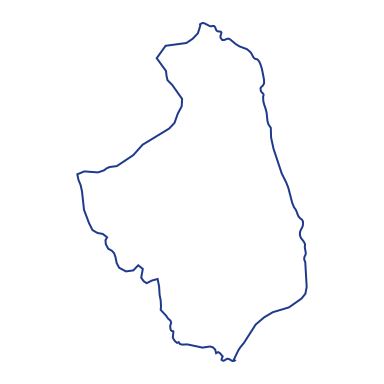 the Voivodeship of Podlachian
{"feature_id": "POL-3150", "entity_name": "Podlachian", "entity_type": "Voivodeship", "adm_level": 1, "iso_a3": "POL", "parent_name": "Poland", "parent_adm1": "", "projection": "albers", "projection_center": [22.977, 53.341], "detail": "fine", "context": "isolated", "style": "outline", "palette": "blue", "viewbox_px": 384, "rotation_deg": 0, "n_neighbors": 0, "source": "natural_earth", "source_scale": "10m", "svg_char_len": 2477}
<svg xmlns="http://www.w3.org/2000/svg" viewBox="0 0 384 384"><path d="M202.5,23.0L204.4,23.3L210.0,26.2L211.0,26.3L213.1,25.9L214.1,26.1L215.1,27.1L215.6,28.4L216.0,29.6L216.6,30.6L217.6,31.3L220.8,31.7L221.4,32.6L221.1,34.1L220.5,35.9L220.5,37.6L222.2,40.0L224.3,40.0L226.6,39.0L228.4,38.6L230.1,39.4L235.9,44.2L239.5,46.4L247.0,49.2L248.9,50.8L250.6,52.3L251.5,53.7L253.2,56.9L254.1,58.1L255.0,58.8L257.1,59.3L257.9,59.8L259.5,62.1L260.8,65.3L261.9,68.9L262.6,72.3L264.0,79.7L264.1,83.3L262.7,85.8L261.6,86.7L261.1,87.3L260.6,88.0L260.6,89.8L261.0,91.2L261.7,92.3L262.7,93.2L263.3,93.9L263.6,94.7L263.5,95.6L263.1,96.5L263.3,101.2L264.3,105.0L265.6,108.7L266.6,112.7L267.5,121.2L268.5,124.5L270.8,127.8L271.1,137.6L273.5,148.7L281.7,173.4L286.3,182.7L288.3,187.8L292.2,202.8L294.0,207.3L295.7,209.6L296.7,211.8L297.5,214.2L298.6,216.6L300.4,218.5L302.0,219.7L303.0,221.6L302.9,225.5L302.0,227.8L300.9,229.7L300.0,232.0L299.9,235.1L300.8,237.8L303.7,241.5L304.9,243.8L305.0,245.0L304.8,247.0L304.9,248.0L305.7,252.4L305.8,253.7L305.5,254.7L304.5,256.8L304.2,258.1L304.3,259.8L304.7,260.8L305.1,261.6L305.3,262.8L306.4,282.1L306.7,286.9L305.4,293.7L301.6,298.5L288.9,307.4L272.8,312.2L264.2,317.3L255.7,324.5L244.0,342.8L240.1,347.6L238.3,350.4L233.8,359.7L234.1,359.8L234.8,360.4L234.0,360.9L232.3,361.0L229.2,359.1L227.4,358.7L226.1,359.3L224.7,360.3L223.1,360.8L221.5,359.8L221.7,359.0L222.2,357.4L222.7,356.5L220.0,353.2L218.2,352.1L216.1,353.2L215.2,349.6L213.0,347.4L210.1,346.5L202.5,347.6L187.4,344.4L182.2,344.6L179.9,344.0L178.7,342.2L177.1,342.9L175.1,341.3L173.5,339.0L172.8,337.3L173.4,332.0L173.2,331.2L171.8,331.0L171.0,330.3L170.5,328.9L170.2,326.9L170.3,325.5L170.7,324.2L171.1,322.9L170.8,321.3L170.2,320.4L168.0,318.5L166.1,315.7L160.7,309.9L161.0,306.4L160.7,300.5L159.6,294.8L159.1,286.5L157.6,279.0L152.0,280.5L146.6,283.2L143.6,281.1L141.2,277.7L142.8,268.9L138.2,265.3L133.3,270.4L126.0,271.4L119.2,267.8L116.7,263.1L115.5,257.2L114.1,253.2L111.8,250.7L108.2,248.7L105.8,244.2L105.5,240.2L107.1,237.3L102.7,233.9L97.5,233.0L92.5,230.1L89.1,223.3L84.0,209.8L82.0,191.4L80.6,185.1L78.5,179.9L77.3,174.3L84.3,171.4L97.9,172.4L103.9,170.4L106.7,168.3L109.7,167.0L116.8,166.1L133.3,155.1L142.6,144.7L169.1,128.6L174.5,122.9L177.8,113.6L181.7,106.3L182.1,98.9L172.2,84.9L167.5,80.2L166.5,75.7L166.0,71.0L156.7,58.2L165.6,45.8L186.4,43.0L192.6,38.8L197.9,33.3L200.3,25.6L200.0,24.4L200.2,24.1L202.5,23.0Z" fill="none" stroke="#1e3a8a" stroke-width="2"/></svg>